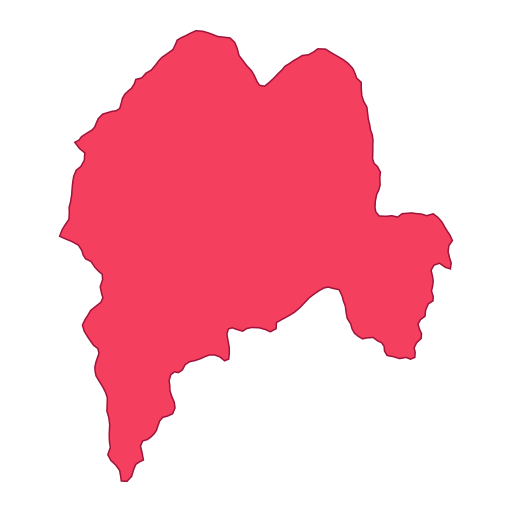 Padre Paraíso, Minas Gerais, Brazil (Natural Earth projection)
{"feature_id": "56859067B96188425164132", "entity_name": "Padre Paraíso", "entity_type": "district", "adm_level": 2, "iso_a3": "BRA", "parent_name": "Brazil", "parent_adm1": "Minas Gerais", "projection": "natural_earth1", "projection_center": [-41.547, -17.06], "detail": "fine", "context": "isolated", "style": "filled", "palette": "rose", "viewbox_px": 512, "rotation_deg": 0, "n_neighbors": 0, "source": "geoboundaries", "source_scale": "gbopen_adm2", "svg_char_len": 3478}
<svg xmlns="http://www.w3.org/2000/svg" viewBox="0 0 512 512"><path d="M74.8,142.3L79.5,148.5L84.8,152.9L84.3,160.3L80.8,166.6L76.2,170.2L73.7,176.3L72.8,181.7L72.3,186.3L71.7,194.6L70.6,201.6L69.1,207.4L69.3,213.3L68.9,219.4L65.1,224.9L62.3,229.4L59.6,236.3L66.0,239.1L71.4,241.3L78.5,245.2L81.8,250.5L83.2,255.1L85.7,258.9L91.0,261.5L95.1,267.5L98.8,271.4L102.2,274.3L102.6,279.6L100.2,286.8L101.6,293.4L102.9,297.7L100.9,302.3L95.4,306.6L90.7,310.4L87.7,315.5L85.1,319.5L82.4,325.1L84.2,331.1L87.7,336.9L91.0,341.7L93.7,345.4L97.8,348.5L99.0,353.3L97.4,357.8L95.9,362.3L94.9,366.9L95.1,371.4L96.1,376.0L99.4,381.5L102.7,386.8L105.5,392.3L107.3,397.5L107.2,403.2L106.9,411.1L108.8,417.6L109.7,424.6L109.2,434.5L109.4,441.0L110.3,447.5L107.8,454.7L110.9,460.5L115.8,465.1L119.6,470.4L120.5,475.3L121.3,481.0L127.0,481.3L131.6,476.4L133.6,469.6L135.8,464.4L139.6,461.8L143.4,460.0L142.2,453.3L140.5,446.1L142.6,441.0L147.5,439.5L151.2,436.7L154.1,433.8L156.5,430.2L157.9,425.8L159.8,420.8L162.7,417.4L167.5,416.1L172.6,413.8L175.0,408.0L174.3,402.4L171.7,396.2L169.9,390.6L169.8,385.5L169.1,380.7L170.8,374.7L174.6,371.8L178.4,372.6L182.4,369.9L185.2,364.6L189.6,361.7L195.2,360.5L200.7,358.6L205.0,356.6L209.3,355.0L214.8,355.0L219.9,356.9L224.6,360.8L228.7,359.1L229.3,353.3L229.3,347.7L228.1,341.3L226.9,334.0L228.4,328.9L232.2,327.8L236.7,329.4L242.6,331.2L246.8,328.5L251.7,327.5L259.2,327.8L265.4,329.5L270.3,331.8L276.1,328.7L276.5,322.5L282.0,319.4L288.3,316.0L294.4,312.3L299.7,307.8L304.3,303.0L309.1,297.9L313.8,294.3L318.7,290.9L323.9,288.0L328.2,287.1L333.5,288.5L339.2,289.7L342.3,296.5L343.4,301.0L345.3,306.0L346.0,311.7L347.2,318.3L350.7,323.9L352.0,328.7L354.4,333.1L358.1,336.2L362.7,338.9L366.6,337.9L373.2,337.5L377.5,340.8L381.6,342.7L384.1,346.3L384.5,351.1L387.1,355.5L393.5,356.7L399.6,358.6L406.1,357.4L410.4,359.2L414.8,357.4L415.2,352.3L414.1,348.0L416.5,342.9L421.2,338.4L421.5,333.5L419.4,329.0L418.0,324.1L420.5,319.6L425.0,316.3L425.6,310.2L428.2,304.0L433.0,300.8L433.2,296.3L431.5,291.1L432.7,285.6L433.2,281.1L432.5,276.3L431.1,270.3L433.9,265.2L439.5,263.2L445.3,267.3L450.4,268.9L451.2,262.9L449.6,258.0L448.1,251.7L448.9,245.6L452.4,240.6L450.0,235.2L446.9,230.6L444.5,226.6L441.9,222.0L437.9,217.4L433.2,213.8L426.6,215.7L421.7,214.1L416.4,213.6L411.5,212.9L407.6,213.3L402.3,213.6L397.6,217.1L391.8,215.7L386.3,216.3L379.2,216.0L375.8,211.9L375.0,207.6L375.3,201.3L376.7,194.3L378.8,190.0L380.1,185.1L379.8,177.9L380.4,172.2L377.5,166.6L374.1,163.4L372.6,158.9L372.8,151.2L372.8,145.4L373.0,139.9L372.2,134.6L370.4,129.6L369.7,124.7L368.3,119.0L366.9,107.1L363.6,101.3L361.8,95.6L361.3,89.1L361.2,82.3L356.5,77.9L355.2,73.8L352.8,68.5L348.0,63.3L343.1,59.6L338.2,56.7L331.7,53.0L325.5,49.1L317.8,48.8L313.2,52.2L308.4,54.8L302.2,55.5L297.9,58.2L293.6,60.6L288.9,63.9L285.0,66.2L282.1,69.8L278.6,73.1L274.5,77.5L269.4,82.3L264.6,86.2L259.4,85.2L256.9,81.3L254.1,75.1L251.3,70.5L247.1,66.1L243.2,61.0L239.0,55.5L237.1,48.1L234.7,42.4L230.0,37.9L223.8,37.2L217.7,36.5L213.0,34.6L208.4,32.9L202.9,31.3L196.0,30.7L190.0,33.4L185.5,35.8L181.6,37.5L177.2,40.1L175.3,44.7L173.0,49.5L167.8,53.3L162.0,57.3L158.7,60.8L155.6,65.0L151.2,70.2L146.0,73.1L141.8,77.9L135.8,79.4L134.3,83.9L131.5,88.3L128.0,91.2L124.9,94.1L122.5,98.2L121.3,103.0L119.7,108.5L116.0,110.8L112.1,111.3L108.4,112.4L102.7,114.1L98.3,118.5L96.3,123.0L94.7,127.1L91.8,130.2L86.9,133.1L81.5,136.7L78.9,140.2L74.8,142.3Z" fill="#f43f5e" stroke="#9f1239" stroke-width="1.5"/></svg>